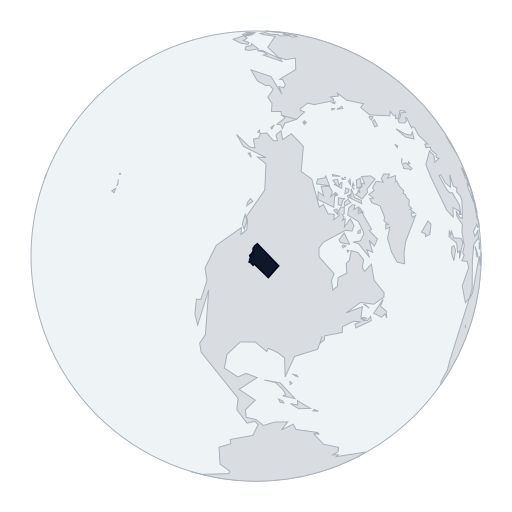 the Earth from above Montana, rotated 48°
{"feature_id": "USA-3515", "entity_name": "Montana", "entity_type": "State", "adm_level": 1, "iso_a3": "USA", "parent_name": "United States of America", "parent_adm1": "", "projection": "orthographic", "projection_center": [-112.826, 46.685], "detail": "fine", "context": "on_globe", "style": "filled", "palette": "ink", "viewbox_px": 512, "rotation_deg": 48, "n_neighbors": 0, "source": "natural_earth", "source_scale": "10m", "svg_char_len": 11429}
<svg xmlns="http://www.w3.org/2000/svg" viewBox="0 0 512 512"><g transform="rotate(48 256 256)"><circle cx="256" cy="256" r="225" fill="#eef3f6" stroke="#a8b0b8"/><path d="M56.5,359.9L57.0,361.1L56.5,359.9ZM372.9,448.6L381.7,442.7L399.7,421.7L398.1,419.5L386.6,422.0L373.3,411.4L378.7,400.4L375.0,398.0L387.2,378.4L382.7,367.1L378.1,367.4L374.2,374.6L357.3,373.0L349.8,364.6L290.7,361.1L283.0,356.1L280.6,346.2L249.5,313.8L268.3,345.6L258.3,340.2L248.2,329.1L251.4,326.0L241.3,308.7L230.8,301.9L221.5,278.5L225.1,247.8L230.0,252.8L230.3,245.3L224.2,238.7L220.1,236.4L212.9,205.4L194.2,186.9L183.5,188.7L189.7,182.7L166.0,192.0L152.7,189.1L170.7,187.8L174.9,184.3L167.4,179.7L170.1,175.2L168.0,170.6L171.8,165.7L182.1,165.9L184.7,162.9L179.3,160.0L179.7,153.6L187.3,158.4L188.8,147.9L206.2,147.4L223.4,165.9L236.1,163.1L262.0,176.2L262.7,171.5L272.9,174.2L277.5,169.9L281.0,174.0L281.7,167.2L277.6,164.3L276.5,160.4L278.9,157.7L283.7,162.3L283.3,164.3L285.9,164.4L287.3,167.9L288.0,164.7L293.6,170.9L291.5,161.0L299.0,162.8L301.7,168.0L296.8,172.3L290.9,196.5L292.2,203.9L298.9,209.7L321.4,209.8L324.8,216.4L332.7,221.7L333.0,215.7L327.0,209.4L329.5,199.9L321.8,193.9L321.7,189.4L315.6,181.7L321.6,177.9L330.7,178.5L336.0,184.9L340.2,185.5L339.2,175.7L353.1,184.5L369.1,185.4L372.1,188.5L370.7,200.6L360.4,209.5L358.6,227.0L364.9,210.9L372.4,219.7L375.8,219.4L378.4,216.4L377.6,211.3L381.2,213.6L376.3,229.9L372.9,228.0L374.5,222.7L369.7,227.2L366.5,239.1L370.5,243.1L361.3,258.3L364.1,261.5L363.7,266.9L359.9,260.6L366.6,272.5L356.4,294.6L365.4,315.3L351.0,303.0L342.5,304.4L332.8,308.6L334.2,312.0L319.6,314.0L309.3,325.2L309.7,343.4L318.1,354.5L333.8,350.4L336.6,341.9L347.1,336.5L343.8,357.8L362.7,353.0L363.2,366.9L369.3,371.2L377.8,365.3L386.9,363.9L391.9,353.2L400.5,343.4L402.3,353.5L405.9,340.8L411.6,342.4L427.9,328.7L427.1,332.1L441.0,331.8L453.5,322.7L456.4,326.1L455.1,332.0L458.8,328.0L458.8,330.6L471.0,312.0L475.0,305.8L473.4,314.7L467.1,334.5L465.1,339.9L458.5,354.6L451.0,368.9L442.4,382.5L432.9,395.5L422.5,407.8L411.2,419.3L399.1,430.0L386.3,439.7L372.9,448.6ZM111.0,319.6L111.8,314.9L114.0,319.2L111.0,319.6ZM110.5,311.0L110.6,312.8L110.1,311.1L110.5,311.0ZM109.0,309.2L110.1,310.5L108.7,309.4L109.0,309.2ZM106.8,307.2L108.1,308.1L107.9,308.2L106.8,307.2ZM366.4,322.9L388.0,322.5L377.7,329.7L379.3,326.8L373.5,325.3L363.2,326.2L353.7,332.8L366.4,322.9ZM104.0,302.8L103.4,301.6L104.6,301.9L104.0,302.8ZM371.6,306.9L368.0,307.9L371.2,306.1L371.6,306.9ZM217.8,236.2L223.8,239.2L228.3,246.9L223.1,244.9L217.8,236.2ZM209.6,221.8L213.2,221.7L212.5,229.3L210.7,227.0L209.6,221.8ZM175.2,191.4L179.5,193.5L174.4,193.1L175.2,191.4ZM167.0,170.8L164.9,171.8L164.7,169.0L167.0,170.8ZM312.7,184.4L314.2,183.1L314.6,185.2L312.7,184.4ZM308.8,182.4L308.2,185.8L306.2,185.4L306.6,183.3L308.8,182.4ZM170.4,159.2L170.8,154.8L172.2,159.3L170.4,159.2ZM309.9,178.5L302.8,184.2L299.4,183.5L297.9,175.1L309.9,178.5ZM172.1,152.2L172.8,141.8L168.2,142.9L181.5,134.6L176.5,145.8L179.0,151.1L175.1,149.8L172.1,152.2ZM275.3,164.5L279.7,167.5L273.9,167.5L275.3,164.5ZM271.8,165.6L255.3,172.2L249.9,166.8L256.5,165.5L247.8,160.9L253.3,155.0L259.3,156.2L261.7,160.7L262.0,155.1L271.8,165.6ZM188.7,131.9L190.4,129.6L190.6,132.1L188.7,131.9ZM275.7,158.9L272.8,160.5L267.9,155.9L272.8,151.8L272.8,154.6L275.7,158.9ZM242.9,162.7L240.1,158.8L243.8,152.9L243.2,150.6L253.0,154.4L242.9,162.7ZM275.1,154.3L275.4,149.9L279.8,149.7L278.1,157.0L275.1,154.3ZM264.7,156.6L262.6,154.3L265.3,154.2L264.7,156.6ZM295.6,147.2L292.3,149.0L289.5,146.7L295.6,147.2ZM275.2,148.3L273.6,148.4L272.2,147.7L273.2,144.9L275.2,148.3ZM254.9,150.1L257.0,148.6L251.1,148.2L253.6,144.0L259.7,147.4L258.1,144.2L258.9,142.9L263.0,147.2L254.9,150.1ZM269.9,140.3L278.4,143.6L285.2,140.6L287.9,142.5L276.5,147.0L269.9,140.3ZM265.5,143.9L268.8,142.1L270.5,145.2L269.2,148.4L265.5,143.9ZM253.2,140.0L247.7,145.6L246.6,144.7L253.2,140.0ZM271.5,138.8L269.4,138.1L271.8,138.2L271.5,138.8ZM258.4,138.9L256.7,140.9L255.4,139.8L258.4,138.9ZM266.7,135.0L269.4,136.0L268.7,138.2L266.7,135.0ZM262.6,136.3L261.3,134.3L266.7,138.3L262.0,137.3L262.6,136.3ZM257.5,137.5L256.2,137.5L258.5,136.8L257.5,137.5ZM267.9,126.6L274.9,131.1L273.3,135.7L266.7,130.6L267.9,126.6ZM475.4,205.0L473.0,202.3L468.7,189.8L464.0,182.9L430.9,127.0L428.3,119.7L407.3,92.5L405.5,90.1L412.7,95.5L403.9,86.1L416.8,98.2L428.6,111.2L439.4,125.2L449.1,139.9L457.5,155.4L464.8,171.4L470.8,188.0L475.4,205.0ZM366.6,59.7L371.0,62.3L370.1,62.3L348.8,51.2L328.9,42.9L327.9,42.7L336.5,46.8L327.9,44.3L339.0,48.5L337.5,47.2L344.4,50.0L346.2,51.4L343.1,50.3L347.9,53.1L361.5,58.3L361.4,57.6L376.6,67.0L377.9,66.9L383.5,70.5L383.3,72.1L380.2,70.7L383.3,78.1L387.9,80.2L385.3,73.6L387.9,76.1L394.1,79.7L391.4,78.9L393.0,86.3L404.0,98.1L425.0,117.3L430.0,125.5L430.9,131.7L416.2,122.7L406.8,105.5L401.4,102.8L397.3,106.1L394.8,100.8L391.9,100.3L387.8,94.4L376.0,86.9L370.8,81.6L360.5,79.9L356.4,77.1L363.7,78.8L366.1,77.4L352.6,65.9L348.4,64.0L342.7,64.0L339.7,61.2L335.9,62.7L325.4,57.6L335.1,65.4L328.6,66.4L319.2,64.4L318.8,66.3L334.2,69.7L338.8,69.9L340.0,67.8L354.0,70.6L359.9,74.4L351.8,77.3L359.2,83.4L349.6,83.6L313.8,73.1L301.7,68.6L294.0,56.8L300.1,56.4L306.0,60.2L305.9,54.8L303.3,56.1L300.9,54.0L294.1,55.0L292.0,53.6L289.1,57.3L285.8,55.7L287.7,53.4L274.9,54.4L266.5,52.2L264.6,53.2L265.0,54.8L254.0,51.5L253.1,52.4L256.3,53.8L256.6,56.6L252.8,60.4L249.3,59.0L250.1,57.4L246.6,52.4L249.5,48.8L247.7,48.7L244.3,51.5L248.6,57.6L247.3,60.4L244.4,57.5L245.4,58.7L243.6,59.7L238.5,59.5L241.4,62.8L227.0,77.2L215.7,78.8L214.7,74.2L200.9,84.4L189.3,86.5L192.3,87.6L187.7,94.0L191.3,93.4L192.4,94.4L182.2,111.7L177.0,115.1L176.1,124.8L177.6,125.6L181.4,123.5L181.5,134.6L168.2,142.9L165.4,140.7L159.0,147.8L153.4,142.1L145.9,141.0L143.6,131.5L137.9,131.9L136.0,134.7L126.8,137.8L114.3,135.2L132.6,124.8L153.0,128.5L145.4,125.6L149.5,122.7L148.3,119.6L142.7,118.2L140.5,120.2L144.0,101.7L135.4,94.3L130.1,102.2L123.3,106.5L108.8,107.5L105.5,94.8L96.3,102.4L93.4,104.0L96.1,99.7L100.5,97.1L106.4,91.4L108.5,90.9L114.4,83.8L117.5,82.8L120.6,78.2L115.6,81.4L109.2,87.7L110.5,84.8L99.5,94.3L95.0,98.4L106.9,87.1L119.6,76.7L132.9,67.3L147.0,58.9L161.6,51.5L176.7,45.1L192.2,39.9L208.1,35.9L224.2,33.0L240.5,31.3L256.9,30.7L273.2,31.4L289.5,33.2L305.6,36.3L321.4,40.4L336.9,45.8L352.0,52.2L366.6,59.7ZM447.3,146.3L449.5,148.7L447.3,146.3ZM299.8,35.0L302.7,35.8L294.7,34.3L293.6,34.5L298.3,35.5L312.1,38.2L308.1,36.8L299.8,35.0ZM428.4,328.2L430.5,328.5L428.1,330.8L428.4,328.2ZM377.4,335.0L381.4,333.2L383.9,333.7L381.0,335.9L377.4,335.0ZM408.9,315.4L413.1,313.4L409.2,317.4L408.9,315.4ZM391.1,322.0L405.7,317.5L398.1,326.4L388.7,329.3L394.6,324.6L391.1,322.0ZM371.8,314.7L374.6,314.2L374.4,316.7L371.8,314.7ZM373.9,305.7L373.0,306.4L371.2,305.3L373.9,305.7ZM372.7,218.7L373.2,217.5L376.3,215.4L375.9,218.2L372.7,218.7ZM384.0,196.1L389.6,200.3L385.3,199.0L385.7,203.5L377.3,206.8L373.2,190.3L376.6,197.0L384.0,196.1ZM364.8,207.4L370.6,206.7L364.4,208.1L364.8,207.4ZM380.3,104.5L380.8,102.0L385.3,103.9L391.8,112.0L385.3,109.2L380.3,104.5ZM380.6,98.2L370.7,99.6L366.3,95.1L370.5,97.3L368.5,94.2L374.7,97.0L380.1,91.8L384.4,93.3L394.0,106.5L388.5,101.2L388.3,103.8L380.6,98.2ZM353.3,115.3L349.0,117.0L345.0,104.8L349.5,104.7L356.3,112.4L354.9,117.1L353.3,115.3ZM308.7,163.1L307.3,165.3L306.0,163.9L306.1,160.9L308.7,163.1ZM294.3,148.2L313.4,152.1L312.8,154.8L324.8,154.4L327.8,161.5L319.9,161.3L331.2,166.8L325.3,169.5L333.1,172.6L315.3,171.6L310.5,174.6L314.7,168.4L312.1,161.8L309.5,159.9L298.6,156.8L286.9,160.5L282.4,155.0L282.4,150.1L284.5,148.3L286.8,152.4L288.0,147.1L292.8,151.7L294.3,148.2ZM284.5,102.0L286.2,106.4L289.5,98.7L294.4,102.4L294.5,101.2L299.9,102.7L306.6,102.6L308.1,104.9L310.1,103.9L313.7,105.0L316.9,104.6L320.7,108.6L324.9,108.4L324.3,110.5L330.6,109.2L327.7,112.0L332.1,114.0L332.6,110.2L345.5,135.3L353.2,144.4L361.2,150.7L355.1,155.3L343.7,152.6L330.8,146.4L324.2,137.3L322.7,141.3L319.1,138.2L321.8,136.3L315.5,137.4L313.2,134.5L301.7,130.3L293.9,134.3L289.5,133.0L291.5,130.0L285.7,131.0L286.4,124.6L283.2,123.7L280.8,116.8L286.4,111.9L282.4,111.3L280.4,106.3L284.5,102.0ZM267.5,124.5L273.1,117.3L278.5,116.0L280.5,128.7L283.2,130.4L284.7,139.0L276.9,140.9L277.2,138.3L275.6,136.1L278.7,136.4L275.1,134.6L275.4,130.9L272.7,128.7L275.2,126.9L267.5,124.5ZM400.5,85.9L398.5,83.9L394.8,80.5L398.6,83.0L400.5,85.9ZM401.9,91.0L399.7,88.8L403.3,90.1L405.3,92.5L401.9,91.0ZM395.4,86.7L399.3,88.6L398.4,88.9L395.4,86.7ZM361.4,77.0L358.6,75.0L359.6,74.7L362.5,75.6L361.4,77.0ZM295.4,81.5L295.5,83.8L294.0,83.8L289.8,87.8L285.9,85.6L286.8,82.4L295.4,81.5ZM378.9,67.2L383.0,69.9L381.9,69.2L378.3,66.8L378.9,67.2ZM290.4,79.8L289.2,81.7L288.0,79.5L290.4,79.8ZM282.8,84.3L280.9,82.0L284.9,85.9L282.8,84.3ZM255.1,66.9L265.2,63.4L269.9,60.1L268.5,56.8L274.8,60.3L267.6,65.3L255.1,66.9ZM230.8,75.9L232.2,79.3L228.7,79.2L228.0,78.4L230.8,75.9ZM233.7,76.9L240.6,78.5L239.5,81.4L234.2,79.5L233.7,76.9ZM265.8,78.0L269.1,77.0L270.0,78.7L265.8,78.0ZM55.1,357.8L54.6,356.9L56.7,360.9L55.3,358.4L55.1,357.8ZM57.0,361.0L55.1,357.6L56.5,359.9L57.0,361.0ZM83.0,116.0L85.8,113.7L83.8,117.3L82.4,117.8L83.0,116.0ZM79.7,128.0L84.2,117.5L88.2,109.8L85.3,113.1L83.2,113.7L89.4,107.3L89.0,110.9L85.4,117.3L88.1,116.8L87.4,121.1L92.6,118.5L93.3,120.3L87.6,124.9L79.7,128.0ZM95.0,117.2L103.8,115.6L98.4,123.8L95.3,126.0L93.5,123.1L96.5,118.9L95.0,117.2ZM104.3,117.7L107.2,113.8L126.3,105.9L128.9,106.5L111.6,116.1L113.5,113.0L109.7,113.7L104.3,117.7ZM188.1,129.3L190.2,129.6L187.8,130.9L188.1,129.3ZM194.4,94.0L195.5,95.7L192.8,96.9L194.4,94.0ZM197.0,101.2L199.4,98.6L198.4,101.9L197.0,101.2ZM204.5,92.7L201.1,97.8L202.2,92.1L204.5,92.7Z" fill="#d9dde1" stroke="#a8b0b8" stroke-width="1"/><path d="M247.7,246.8L278.6,245.7L278.6,246.4L279.8,256.8L280.3,261.0L280.3,261.3L260.9,262.6L261.0,264.5L260.9,264.5L260.7,264.4L260.6,264.2L260.4,263.9L260.3,263.7L260.2,263.6L259.9,263.7L259.8,263.8L259.7,264.0L259.7,264.3L259.8,264.3L259.7,264.4L259.2,264.3L258.9,264.5L258.8,264.4L258.7,264.3L258.4,264.4L258.1,264.4L257.9,264.4L257.7,264.4L257.4,264.4L257.4,264.5L257.2,264.7L256.9,264.7L256.5,264.6L256.4,264.6L256.2,264.6L256.0,264.8L256.1,265.0L255.9,265.1L255.9,264.9L255.7,264.9L255.5,264.7L255.5,264.4L255.4,264.4L255.3,264.2L255.3,263.9L255.3,263.7L255.2,263.7L255.1,263.4L254.9,263.3L254.7,263.4L254.4,263.2L254.2,262.9L254.3,262.8L254.3,262.7L254.2,262.4L254.1,262.2L253.9,261.9L253.8,261.7L253.7,261.7L253.6,261.4L253.5,261.1L253.4,261.0L253.4,260.9L253.4,260.7L253.3,260.4L253.3,260.2L253.1,260.1L252.9,259.9L252.8,260.0L252.7,260.1L252.5,260.3L252.3,260.4L252.2,260.4L252.2,260.5L251.9,260.7L251.7,260.5L251.5,260.4L251.4,260.3L251.3,260.2L251.4,259.9L251.4,259.7L251.3,259.4L251.5,259.2L251.7,258.9L251.7,258.7L251.5,258.4L251.6,258.2L251.4,258.1L251.5,258.0L251.6,257.9L251.6,257.7L251.6,257.4L251.7,257.2L251.8,256.9L251.8,256.7L251.7,256.7L251.8,256.7L251.9,256.4L251.9,256.2L252.0,256.2L251.9,256.0L251.7,256.0L251.4,256.1L251.2,256.1L251.1,255.9L251.1,255.7L250.9,255.7L250.8,255.8L250.8,255.7L250.7,255.6L250.5,255.4L250.4,255.3L250.4,255.2L250.3,254.9L250.2,254.8L250.1,254.7L249.8,254.3L249.7,254.2L249.5,253.9L249.4,253.9L249.4,253.7L249.1,253.5L248.9,253.5L248.9,253.4L248.8,253.2L248.7,253.1L248.4,252.9L248.5,252.8L248.5,252.7L248.4,252.7L248.3,252.4L248.4,252.2L248.4,251.9L248.2,251.8L248.2,251.7L248.0,251.3L247.9,251.2L247.7,250.9L247.6,250.7L247.7,246.8Z" fill="#0f172a" stroke="#020617" stroke-width="1.5"/></g></svg>